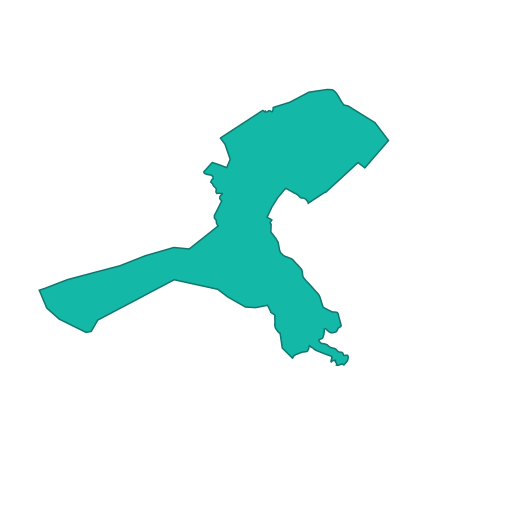 the district of Al Mashannah, Ibb, Yemen, rotated 132°
{"feature_id": "15242507B63315911635783", "entity_name": "Al Mashannah", "entity_type": "district", "adm_level": 2, "iso_a3": "YEM", "parent_name": "Yemen", "parent_adm1": "Ibb", "projection": "mercator", "projection_center": [44.185, 13.954], "detail": "fine", "context": "isolated", "style": "filled", "palette": "teal", "viewbox_px": 512, "rotation_deg": 132, "n_neighbors": 0, "source": "geoboundaries", "source_scale": "gbopen_adm2", "svg_char_len": 5857}
<svg xmlns="http://www.w3.org/2000/svg" viewBox="0 0 512 512"><g transform="rotate(132 256 256)"><path d="M82.8,287.8L85.0,291.9L84.3,295.2L82.3,301.3L81.2,305.4L81.0,308.3L81.4,310.6L84.5,314.4L98.8,326.3L119.0,333.7L132.2,341.5L134.1,342.6L135.8,341.3L136.5,340.9L137.8,340.5L138.1,340.6L138.3,340.9L138.4,341.4L138.5,341.7L138.7,342.7L138.9,343.1L139.7,343.8L140.2,343.9L141.2,344.0L141.7,344.2L142.1,345.0L142.1,346.1L143.0,346.0L143.3,348.4L156.7,352.0L191.7,361.3L192.2,361.3L193.7,353.8L201.4,339.9L209.9,336.9L213.2,345.3L215.8,351.1L218.4,351.1L222.8,351.1L225.3,351.0L227.2,351.2L228.5,351.0L229.1,349.6L228.3,347.2L225.7,343.0L226.0,340.8L227.2,339.7L228.9,339.9L231.4,339.1L231.4,336.8L232.4,334.4L232.4,332.2L232.7,330.4L235.3,328.6L235.7,326.8L234.2,325.6L233.2,324.2L232.2,322.9L232.6,322.5L234.4,322.7L236.2,322.5L237.7,321.2L238.1,318.4L239.6,317.9L245.7,316.2L253.8,314.0L255.5,312.5L256.3,309.1L257.9,307.6L258.7,305.8L258.9,304.2L295.4,310.3L304.7,322.8L325.0,335.4L329.6,338.3L352.1,349.5L354.5,350.7L364.8,357.5L369.6,360.6L374.1,363.6L386.2,371.5L399.7,380.3L421.4,391.3L426.5,394.2L427.3,392.3L434.7,376.7L434.6,360.1L426.5,331.2L422.3,328.0L409.5,330.7L391.0,323.9L369.9,316.1L354.4,310.5L328.4,300.9L324.8,294.6L307.0,263.3L306.4,262.4L305.3,249.5L301.0,229.7L294.6,221.7L284.9,214.4L287.2,208.6L288.0,207.1L287.2,202.5L288.0,201.8L289.8,200.3L292.1,197.9L292.7,197.5L294.9,195.8L295.5,195.0L296.6,193.2L296.8,192.4L297.1,190.8L297.4,190.0L297.6,188.6L297.6,187.0L297.3,186.4L301.6,181.2L306.8,174.9L307.5,160.6L307.3,160.6L306.9,160.5L306.6,160.5L306.4,160.7L306.4,161.0L306.2,161.1L305.7,161.2L305.0,161.1L304.5,160.9L303.9,160.8L303.4,160.7L302.9,160.5L302.3,160.4L302.0,160.1L301.6,159.9L301.2,159.6L300.6,159.4L299.9,159.1L299.5,158.9L298.7,158.4L297.3,157.7L296.7,157.4L296.1,157.0L295.6,156.5L295.4,156.3L295.0,155.9L294.6,155.6L294.4,155.4L294.2,155.3L293.8,155.0L293.3,154.6L293.0,154.4L292.8,154.3L292.6,154.2L292.3,154.2L292.0,154.1L291.7,154.2L291.3,154.4L290.9,154.5L290.6,154.5L290.3,154.6L290.0,154.7L289.6,154.8L289.4,154.9L289.2,155.1L289.0,155.4L288.8,155.5L288.6,155.6L288.3,155.7L288.1,155.8L287.9,155.8L287.4,156.0L287.1,156.2L286.9,156.3L286.7,155.8L286.9,154.1L286.5,152.9L286.3,152.0L286.2,151.5L286.4,150.9L286.4,150.6L286.3,150.0L286.1,148.8L285.9,148.0L285.8,147.7L285.4,146.7L284.4,143.9L283.5,141.5L282.7,139.4L280.9,134.9L279.9,132.6L281.7,130.9L282.4,130.8L283.1,130.4L284.0,130.0L284.3,129.6L284.4,129.2L283.8,129.2L282.8,129.1L282.6,128.9L281.0,128.0L280.7,127.6L280.4,127.1L281.2,126.9L281.7,125.5L281.9,124.5L282.3,123.7L283.3,123.2L282.1,121.7L279.0,120.1L278.7,120.0L278.2,117.8L273.4,117.8L271.8,118.3L269.4,119.7L268.5,121.4L269.0,122.2L269.8,123.0L270.3,123.4L270.8,123.8L271.1,124.3L271.1,124.6L270.9,125.0L270.6,125.5L270.3,125.9L270.1,126.2L270.1,126.6L270.1,127.1L270.1,127.6L270.3,128.0L270.8,128.7L271.1,129.1L271.5,129.7L271.8,130.2L271.9,130.5L272.0,131.0L272.0,131.5L272.0,132.2L271.9,133.2L271.8,133.9L271.8,134.7L271.9,135.0L272.1,135.4L272.3,136.1L273.0,137.2L273.6,138.4L274.1,139.6L274.4,140.3L274.4,140.8L274.4,142.0L274.3,143.2L274.4,143.9L274.7,144.6L275.2,145.8L275.5,146.4L276.0,147.4L276.3,147.7L276.6,147.9L277.0,148.6L277.3,149.0L277.3,149.3L277.3,149.9L277.1,151.2L276.9,152.3L276.8,152.5L276.7,152.8L276.4,153.0L276.1,153.1L275.9,153.0L275.5,153.0L275.2,152.8L274.0,152.1L273.5,151.8L272.8,151.6L272.3,151.6L271.8,151.8L270.7,152.2L269.7,152.7L268.9,153.1L268.0,153.7L267.1,154.3L266.1,155.1L265.4,155.7L264.6,156.3L264.2,156.3L263.8,156.1L263.7,155.9L263.6,155.7L263.5,155.3L263.4,154.8L263.5,154.2L263.5,153.1L263.5,151.4L263.3,150.1L263.1,149.4L262.7,148.8L261.9,147.8L261.3,147.3L260.7,146.9L260.0,146.5L259.4,146.1L258.8,145.8L257.4,145.8L256.6,146.0L255.5,146.4L255.1,146.5L254.7,146.6L254.4,146.6L254.1,146.5L253.7,146.4L253.2,146.2L252.9,146.1L252.5,146.0L252.0,145.9L251.5,145.9L251.2,145.9L250.8,146.1L250.5,146.5L250.0,147.2L249.5,147.9L248.9,148.8L248.1,150.1L247.3,151.3L246.5,152.6L245.8,153.7L245.3,154.4L244.7,155.1L244.0,156.2L243.8,156.9L243.6,157.5L243.7,157.8L243.8,158.1L244.0,158.7L244.3,159.0L245.7,161.0L245.8,161.0L246.5,161.8L246.9,163.2L247.4,164.9L247.7,165.7L248.1,167.6L248.3,168.2L248.4,168.8L248.7,169.9L249.1,171.4L248.9,172.3L248.4,173.2L247.4,174.9L245.7,177.7L244.8,179.2L243.7,181.1L243.1,182.6L242.9,183.2L242.6,184.2L242.5,184.9L242.5,185.5L242.4,185.9L242.2,188.7L241.8,191.9L241.6,194.0L241.4,195.9L241.1,199.0L240.9,202.5L240.8,202.9L240.5,204.6L240.4,205.6L240.2,206.5L240.1,206.8L239.7,207.5L239.1,208.4L237.9,209.7L236.9,210.8L236.5,211.5L236.0,212.2L235.6,212.7L235.3,214.0L235.2,214.9L235.0,216.7L234.9,217.3L234.8,218.4L234.7,220.6L234.6,221.8L234.5,222.9L234.5,223.2L234.4,223.4L234.2,225.6L234.1,226.7L234.3,227.5L234.4,228.1L234.6,228.5L235.3,230.4L235.4,230.8L235.6,231.1L235.8,231.8L236.1,232.5L236.4,233.1L236.7,233.8L237.0,234.9L237.1,235.4L237.3,236.0L237.3,236.6L237.3,236.8L237.1,237.9L237.2,238.8L237.1,239.6L236.9,240.5L236.4,241.4L235.7,242.6L234.4,244.3L233.3,245.7L232.5,246.8L232.1,247.4L231.5,247.9L231.1,248.6L230.7,249.7L230.6,250.4L230.5,250.6L229.8,252.5L229.6,253.6L229.4,254.8L229.1,255.9L228.9,257.0L228.6,258.6L228.6,258.9L228.5,259.4L228.5,259.7L228.4,260.4L227.9,261.2L227.2,262.0L225.9,262.9L224.6,264.1L223.3,265.2L222.9,265.4L222.2,266.1L222.1,267.4L221.8,267.9L218.6,268.3L218.7,269.3L219.5,272.0L219.8,273.7L209.2,276.9L208.2,277.1L197.8,278.9L194.0,279.0L192.0,279.0L187.9,279.3L185.7,279.0L183.3,268.6L183.0,268.1L182.8,266.2L182.7,264.2L183.0,261.9L182.1,260.6L181.2,259.5L180.5,257.5L180.8,255.1L181.0,253.6L181.9,252.5L179.9,252.0L166.5,248.5L162.5,247.4L162.0,246.8L153.4,246.0L144.4,245.1L138.8,244.6L135.4,244.3L122.7,243.1L118.3,242.7L117.7,234.1L102.4,234.4L81.5,234.8L79.1,247.4L77.3,256.8L80.4,274.1L82.8,287.8Z" fill="#14b8a6" stroke="#0f766e" stroke-width="1.5"/></g></svg>